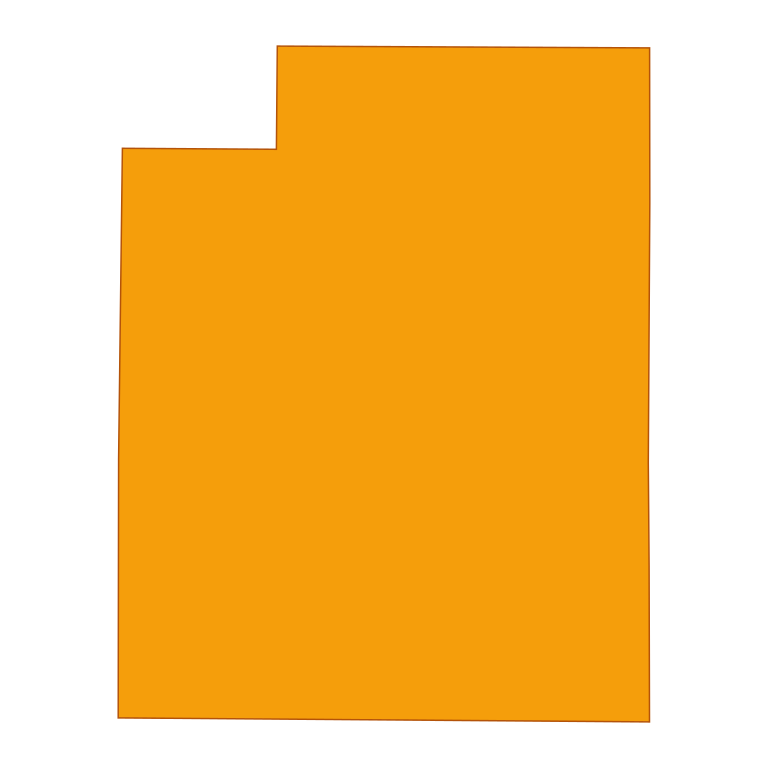 Greenwood, Kansas, United States of America (Albers equal-area conic projection)
{"feature_id": "52423323B21411074384100", "entity_name": "Greenwood", "entity_type": "district", "adm_level": 2, "iso_a3": "USA", "parent_name": "United States of America", "parent_adm1": "Kansas", "projection": "albers", "projection_center": [-96.223, 37.888], "detail": "fine", "context": "isolated", "style": "filled", "palette": "amber", "viewbox_px": 768, "rotation_deg": 0, "n_neighbors": 0, "source": "geoboundaries", "source_scale": "gbopen_adm2", "svg_char_len": 261}
<svg xmlns="http://www.w3.org/2000/svg" viewBox="0 0 768 768"><path d="M277.3,46.1L276.4,149.3L122.4,148.3L118.6,458.8L118.2,717.9L649.5,721.9L649.1,566.8L648.3,462.6L649.8,203.2L649.6,47.9L277.3,46.1Z" fill="#f59e0b" stroke="#b45309" stroke-width="1.5"/></svg>